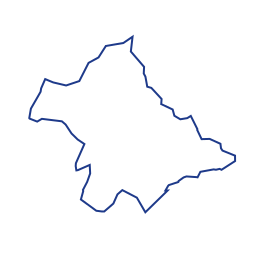 Ikot Abasi, Akwa Ibom, Nigeria, rotated 65°
{"feature_id": "59680162B30032590265448", "entity_name": "Ikot Abasi", "entity_type": "district", "adm_level": 2, "iso_a3": "NGA", "parent_name": "Nigeria", "parent_adm1": "Akwa Ibom", "projection": "albers", "projection_center": [7.634, 4.614], "detail": "fine", "context": "isolated", "style": "outline", "palette": "blue", "viewbox_px": 256, "rotation_deg": 65, "n_neighbors": 0, "source": "geoboundaries", "source_scale": "gbopen_adm2", "svg_char_len": 1067}
<svg xmlns="http://www.w3.org/2000/svg" viewBox="0 0 256 256"><g transform="rotate(65 128 128)"><path d="M193.6,184.8L190.3,173.2L183.7,165.6L181.9,159.4L194.9,149.4L211.7,147.9L201.4,118.5L200.5,120.5L197.4,116.1L197.0,115.1L198.2,105.2L197.4,104.5L196.3,98.5L196.6,95.5L201.4,86.8L202.1,85.8L198.3,80.9L201.7,67.9L203.0,65.9L203.8,62.2L205.4,60.9L203.2,44.9L198.3,42.7L188.4,51.9L185.7,52.3L181.4,50.9L172.4,58.6L169.2,66.0L159.0,66.1L158.3,65.6L143.6,66.0L144.1,70.1L142.2,76.9L136.5,80.8L130.1,79.7L120.4,87.8L115.9,85.3L101.5,89.9L98.7,93.1L88.8,90.5L85.3,90.7L79.4,87.6L59.9,93.1L47.2,85.3L49.0,96.3L44.3,113.4L51.6,124.9L52.3,136.2L64.9,152.3L63.3,166.1L55.1,176.5L48.7,182.4L55.4,190.0L58.2,191.9L61.4,196.4L69.4,207.8L77.3,213.3L77.9,213.2L83.8,207.6L83.3,202.2L94.0,185.1L98.4,183.1L99.6,182.9L109.1,181.5L116.8,178.6L117.1,178.5L124.1,174.3L137.9,190.1L140.4,191.5L144.6,192.7L145.0,191.3L145.3,178.3L153.2,181.5L159.6,187.8L165.1,195.0L166.2,195.2L172.9,200.9L189.6,191.7L192.7,186.8L193.6,184.8Z" fill="none" stroke="#1e3a8a" stroke-width="2"/></g></svg>